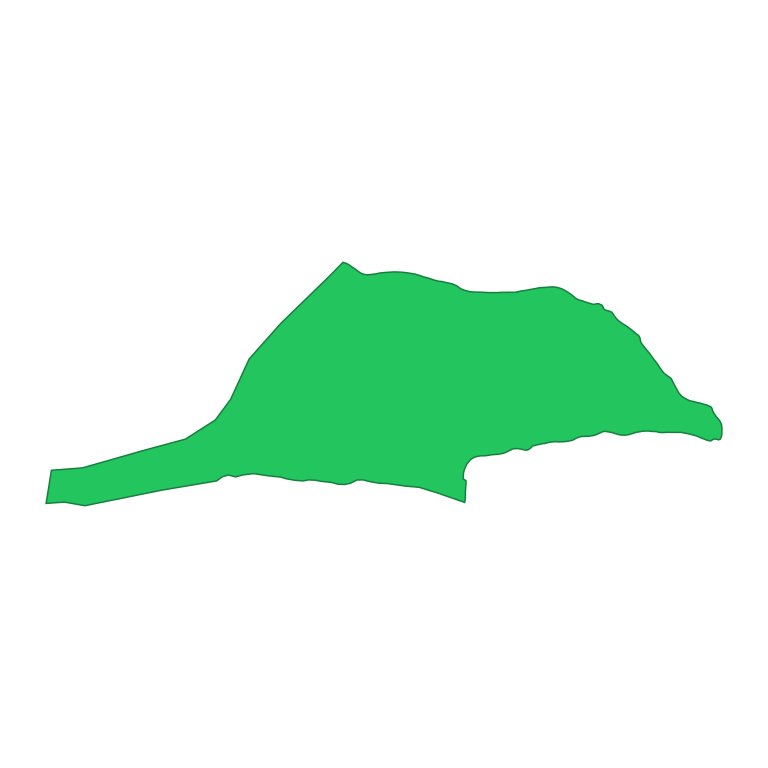 the district of New Village, Micoud, Saint Lucia
{"feature_id": "8701671B10053189367937", "entity_name": "New Village", "entity_type": "district", "adm_level": 2, "iso_a3": "LCA", "parent_name": "Saint Lucia", "parent_adm1": "Micoud", "projection": "orthographic", "projection_center": [-60.897, 13.825], "detail": "fine", "context": "isolated", "style": "filled", "palette": "green", "viewbox_px": 768, "rotation_deg": 0, "n_neighbors": 0, "source": "geoboundaries", "source_scale": "gbopen_adm2", "svg_char_len": 3474}
<svg xmlns="http://www.w3.org/2000/svg" viewBox="0 0 768 768"><path d="M464.6,502.4L465.1,500.4L465.4,496.7L465.4,491.8L465.5,490.1L465.6,488.8L465.7,487.2L466.0,483.9L466.1,480.9L464.3,479.5L463.1,478.8L463.6,472.4L464.5,469.3L465.4,467.2L466.7,464.3L470.2,459.9L473.8,457.5L477.1,456.4L481.0,455.8L484.8,455.8L488.6,455.3L491.2,454.8L497.8,454.3L503.1,453.4L506.1,452.3L509.4,450.6L512.9,448.9L514.6,448.7L517.5,448.6L520.3,449.0L523.9,449.8L526.1,450.3L528.4,449.6L530.0,448.6L531.7,446.9L532.4,446.0L534.6,445.5L538.4,444.6L542.8,443.6L544.7,443.5L547.5,442.7L550.5,442.1L554.5,441.7L559.3,441.9L564.0,441.7L567.3,441.3L570.0,440.8L572.4,440.3L576.1,438.3L579.5,436.9L581.7,436.5L585.7,436.3L589.3,436.2L591.6,435.7L592.6,435.7L595.8,434.8L599.2,433.3L602.3,431.9L603.9,431.4L606.1,431.5L609.6,432.1L613.0,432.8L614.9,433.5L618.5,434.5L620.5,435.0L625.0,435.2L627.6,434.8L628.9,434.6L633.2,433.3L636.7,432.2L639.7,431.8L642.2,431.3L644.8,431.1L648.1,431.0L651.7,431.4L656.3,431.6L659.3,432.4L663.4,432.6L666.5,432.3L674.8,432.4L681.3,432.4L686.0,433.3L691.2,434.5L695.8,435.7L699.3,437.1L701.8,438.2L704.2,439.1L705.9,439.8L709.6,440.9L711.4,440.7L713.0,439.3L714.7,439.0L716.6,439.3L718.6,439.8L720.1,439.3L721.4,436.7L721.9,433.7L721.9,427.4L721.4,424.1L720.0,421.2L718.2,418.8L715.6,415.9L715.1,414.9L714.1,413.6L712.8,411.2L712.3,409.4L711.6,407.6L710.7,406.8L708.5,405.7L706.4,404.9L703.4,404.1L700.2,403.1L697.4,402.6L693.3,401.5L689.3,400.6L685.7,398.7L682.5,396.9L680.3,394.7L678.7,392.8L677.5,390.5L677.0,389.7L674.9,385.8L674.0,384.1L671.3,378.7L670.6,378.0L668.1,376.3L663.8,373.0L659.7,367.5L657.6,364.2L652.6,357.7L649.8,353.7L646.7,350.0L642.9,345.3L640.9,342.3L640.4,340.5L640.0,338.0L638.7,335.6L635.3,333.1L630.9,329.3L626.2,325.9L621.7,323.1L618.5,320.7L615.9,318.0L614.4,316.0L612.6,313.3L612.0,312.4L610.7,311.6L609.6,311.2L605.9,310.2L604.7,309.8L603.5,308.5L603.1,307.0L602.0,305.2L598.7,303.7L596.4,303.8L594.2,304.3L593.0,304.3L588.2,302.9L581.2,300.5L579.0,300.0L575.4,298.1L572.0,295.1L570.1,293.7L568.0,292.3L564.8,290.4L561.1,288.5L556.9,287.4L553.4,286.9L549.2,287.0L546.8,287.3L543.5,287.5L540.0,287.7L537.7,288.1L536.3,288.4L525.9,290.3L523.5,290.7L520.5,291.1L517.5,291.8L516.2,292.2L514.1,292.3L507.0,292.3L500.4,292.4L497.8,292.6L489.0,292.6L481.2,292.2L473.3,292.0L469.7,291.6L465.9,290.7L461.6,289.2L459.7,288.0L456.7,285.7L452.1,283.9L448.5,283.0L446.6,282.7L441.9,281.5L438.5,281.2L433.9,280.0L432.8,279.6L427.7,277.9L423.4,276.8L420.6,275.8L415.5,274.2L411.0,273.4L407.9,272.9L405.0,272.6L402.0,272.2L394.2,271.9L386.0,272.4L380.4,272.9L374.6,274.1L369.3,274.6L368.0,274.7L367.1,274.7L365.9,274.7L364.3,274.4L362.8,274.0L361.0,273.2L359.4,272.2L356.5,270.1L354.0,268.2L352.3,267.2L350.7,266.0L349.0,264.8L347.5,264.0L346.2,263.3L344.7,262.9L343.8,262.6L343.0,262.3L329.1,276.5L280.9,323.3L255.9,351.4L249.1,359.1L230.6,399.4L215.3,420.0L203.1,427.8L185.5,439.1L141.6,451.0L104.6,461.6L82.4,467.9L51.4,470.3L47.1,497.3L46.1,503.4L64.6,502.1L84.9,505.7L161.5,490.2L216.7,480.9L222.1,476.9L228.2,475.0L235.7,476.9L242.5,475.0L247.7,474.3L253.6,473.6L260.1,474.6L267.4,475.7L273.9,476.4L280.7,477.1L286.4,478.8L295.4,480.4L303.3,480.9L308.5,479.9L315.5,480.2L320.9,481.3L331.3,482.4L338.0,484.2L344.4,484.5L350.5,483.3L353.4,481.8L357.0,480.0L363.0,479.9L370.2,481.7L378.3,483.1L387.7,483.6L394.9,484.6L405.4,486.1L411.0,486.6L419.2,487.3L440.4,493.9L442.4,494.7L464.6,502.4Z" fill="#22c55e" stroke="#15803d" stroke-width="1.5"/></svg>